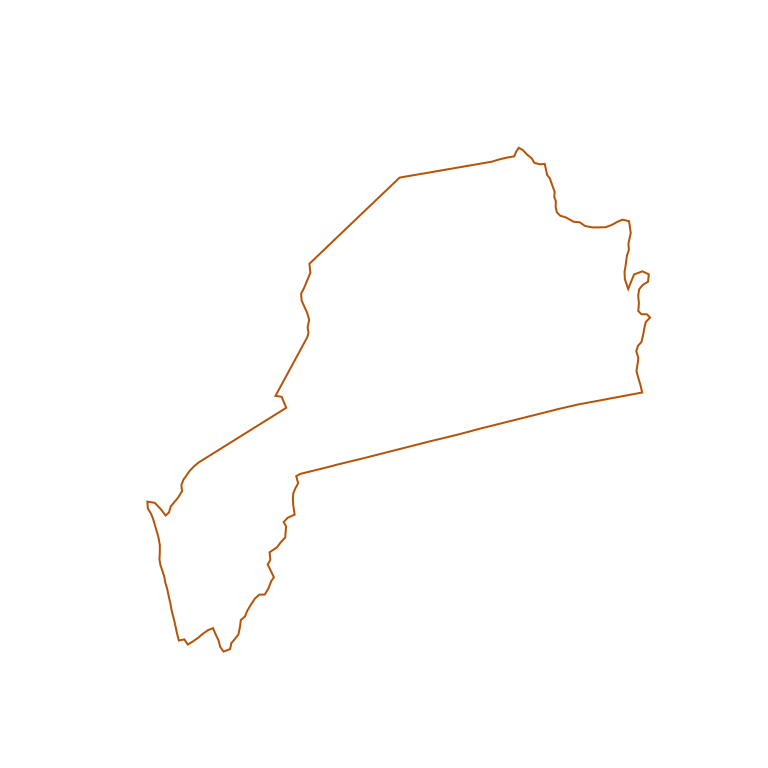 the district of Uruçuca, Bahia, Brazil, rotated 157°
{"feature_id": "56859067B25735751163092", "entity_name": "Uruçuca", "entity_type": "district", "adm_level": 2, "iso_a3": "BRA", "parent_name": "Brazil", "parent_adm1": "Bahia", "projection": "albers", "projection_center": [-39.205, -14.52], "detail": "fine", "context": "isolated", "style": "outline", "palette": "amber", "viewbox_px": 768, "rotation_deg": 157, "n_neighbors": 0, "source": "geoboundaries", "source_scale": "gbopen_adm2", "svg_char_len": 2334}
<svg xmlns="http://www.w3.org/2000/svg" viewBox="0 0 768 768"><g transform="rotate(157 384 384)"><path d="M149.7,275.3L148.4,282.5L147.4,291.3L146.5,297.4L141.9,304.7L139.6,308.9L139.1,315.5L135.3,319.9L130.6,322.1L125.9,328.5L122.3,334.1L118.8,338.8L113.1,341.2L114.7,345.4L119.7,347.6L121.4,351.8L117.8,358.8L115.5,366.0L112.1,371.5L107.2,374.1L101.0,375.0L97.4,381.5L102.2,386.8L111.0,387.1L116.6,381.6L122.1,376.0L121.7,380.9L121.4,386.2L118.8,393.2L115.4,398.5L113.1,402.4L110.2,407.3L106.2,411.7L104.2,417.6L101.5,421.5L97.9,426.5L96.5,431.6L94.9,438.2L100.3,442.1L105.6,442.1L112.4,441.4L118.9,441.8L125.2,444.3L131.1,446.8L137.2,450.9L140.6,456.3L146.1,459.3L151.5,466.3L156.0,470.0L157.8,474.6L156.9,479.8L154.4,485.1L154.2,489.8L151.8,494.2L151.5,501.1L151.0,508.4L152.2,512.9L151.0,518.7L150.1,523.8L154.6,525.3L159.2,528.8L159.8,533.9L162.7,539.3L164.8,545.1L167.7,548.8L171.5,546.2L175.2,542.7L181.2,544.1L190.0,545.7L197.8,546.5L289.0,567.9L297.7,564.6L332.8,551.4L405.7,523.8L408.3,515.2L415.0,508.6L420.1,503.6L425.0,499.5L427.2,493.1L427.1,485.3L426.9,479.9L427.8,472.2L432.2,466.0L433.5,460.6L436.4,457.0L488.5,415.5L483.2,412.2L483.3,405.1L483.3,400.3L585.2,384.2L590.9,382.5L597.0,379.9L602.0,376.7L605.8,374.5L610.1,370.0L611.7,364.4L617.7,360.0L623.8,356.9L628.2,354.6L632.2,349.7L636.4,348.3L638.3,355.8L641.5,364.2L647.8,368.2L650.0,361.8L649.2,356.3L649.2,350.5L650.0,343.9L650.7,337.8L651.6,330.7L653.3,323.3L656.1,316.7L659.2,310.4L660.6,304.5L660.9,299.9L661.6,292.2L662.8,287.1L663.7,279.7L665.2,272.2L666.4,265.5L667.8,259.4L668.7,253.8L669.5,248.2L670.8,241.4L671.9,235.8L673.1,228.1L667.6,226.9L666.4,220.8L660.5,221.7L654.3,223.0L649.0,224.7L642.5,226.1L636.8,226.1L636.8,219.8L636.5,212.5L637.5,206.1L636.3,200.4L629.2,200.1L625.9,205.0L621.4,207.3L615.9,210.3L611.3,217.0L608.1,222.6L602.7,224.4L598.6,228.6L592.9,232.8L586.3,237.1L581.0,238.8L576.0,236.8L570.3,241.0L564.7,246.7L560.9,249.1L561.2,256.2L561.6,263.3L557.4,266.4L555.1,273.8L546.2,275.5L541.4,278.4L534.8,281.4L532.0,287.0L529.8,291.0L530.3,296.1L525.0,298.5L517.3,298.7L514.9,307.9L512.4,314.7L510.3,318.7L506.5,322.5L501.8,326.2L500.8,333.5L496.4,334.0L467.2,329.3L458.7,328.1L435.7,324.3L390.9,317.4L363.6,313.2L337.0,308.8L311.2,305.1L232.5,292.7L212.8,289.2L149.7,275.3Z" fill="none" stroke="#b45309" stroke-width="2"/></g></svg>